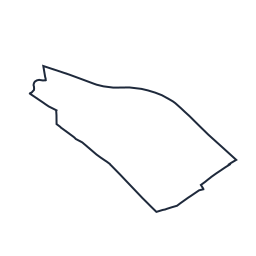 outline of Jaunjelgava, Jaunjelgavas, Latvia, rotated 38°
{"feature_id": "27541924B26056136094226", "entity_name": "Jaunjelgava", "entity_type": "district", "adm_level": 2, "iso_a3": "LVA", "parent_name": "Latvia", "parent_adm1": "Jaunjelgavas", "projection": "robinson", "projection_center": [25.08, 56.612], "detail": "fine", "context": "isolated", "style": "outline", "palette": "slate", "viewbox_px": 256, "rotation_deg": 38, "n_neighbors": 0, "source": "geoboundaries", "source_scale": "gbopen_adm2", "svg_char_len": 1557}
<svg xmlns="http://www.w3.org/2000/svg" viewBox="0 0 256 256"><g transform="rotate(38 128 128)"><path d="M232.9,86.5L216.7,85.3L195.4,83.8L183.7,82.5L175.9,81.6L169.4,80.8L162.9,80.3L157.6,79.8L149.9,79.3L147.0,79.4L142.6,80.0L134.5,81.3L127.6,83.4L120.6,86.1L114.5,88.9L104.1,95.2L99.0,99.3L91.6,105.2L83.0,110.3L76.6,113.2L73.6,114.2L61.6,118.0L48.5,122.2L23.1,131.3L31.2,138.7L32.7,139.8L33.0,140.2L33.8,141.0L33.7,141.2L33.5,141.3L31.7,142.9L28.7,144.6L28.4,144.7L26.9,146.5L26.1,148.6L26.1,149.7L26.2,150.1L26.4,150.8L26.9,151.9L27.3,152.5L28.2,153.1L28.7,153.6L29.7,154.7L30.2,155.5L30.5,156.0L30.3,158.1L30.3,159.1L29.4,161.0L29.5,161.3L30.0,161.3L45.8,160.2L48.2,160.1L52.3,159.8L60.8,158.1L61.0,158.9L61.4,159.3L63.8,162.0L69.3,168.9L74.0,168.8L74.8,169.0L77.1,168.9L89.8,168.5L91.7,168.5L93.6,168.8L100.8,167.5L115.2,168.1L119.5,168.3L125.0,168.1L126.4,168.0L129.6,167.8L131.9,167.6L135.9,167.5L136.7,167.8L137.3,167.8L150.8,169.6L158.0,170.7L176.4,173.4L181.1,174.1L181.3,174.1L181.6,174.2L190.0,175.2L192.3,175.5L193.1,175.6L193.9,175.7L194.1,175.7L194.6,175.8L194.8,175.8L202.0,176.6L202.6,175.8L202.8,175.5L205.8,171.2L207.2,169.6L207.4,169.4L208.3,167.9L211.3,163.5L214.5,159.1L215.7,154.6L215.8,154.3L217.8,147.6L218.3,145.9L219.0,143.8L219.1,143.6L222.4,133.3L225.1,129.9L224.7,129.5L220.5,128.0L222.1,122.4L222.1,122.2L222.7,119.6L223.6,116.1L223.7,115.4L223.8,115.1L225.5,109.4L225.6,109.1L226.4,106.7L228.9,99.0L230.6,94.3L230.0,94.3L230.4,93.2L230.4,92.9L232.7,87.0L232.9,86.5Z" fill="none" stroke="#1e293b" stroke-width="2"/></g></svg>